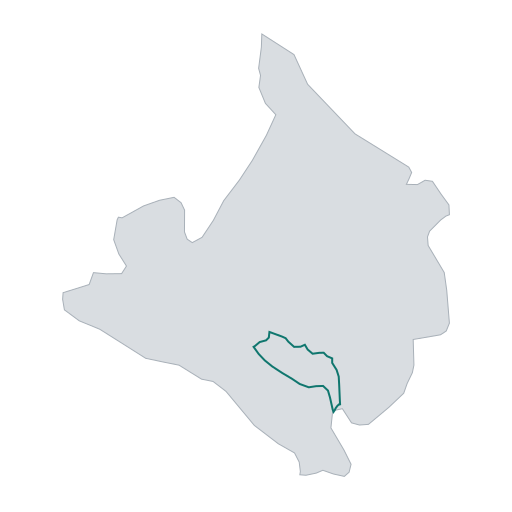 Montenegro, with Žabljak highlighted, rotated 179°
{"feature_id": "MNE-1520", "entity_name": "Žabljak", "entity_type": "Municipality", "adm_level": 1, "iso_a3": "MNE", "parent_name": "Montenegro", "parent_adm1": "", "projection": "equal_earth", "projection_center": [19.145, 43.143], "detail": "fine", "context": "in_parent", "style": "outline", "palette": "teal", "viewbox_px": 512, "rotation_deg": 179, "n_neighbors": 0, "source": "natural_earth", "source_scale": "10m", "svg_char_len": 1798}
<svg xmlns="http://www.w3.org/2000/svg" viewBox="0 0 512 512"><g transform="rotate(179 256 256)"><path d="M216.0,36.5L215.4,39.7L216.4,49.2L220.9,58.4L237.0,67.9L260.6,86.6L288.3,121.1L301.1,131.3L312.6,133.8L334.9,148.2L350.5,151.6L368.0,155.6L413.5,185.5L433.9,194.3L448.5,205.5L450.1,216.1L449.5,222.7L423.3,230.4L418.8,242.2L406.1,240.8L390.7,240.7L385.7,248.2L393.1,260.4L398.0,274.8L394.2,294.6L392.9,297.2L389.2,296.5L367.6,308.0L351.5,313.4L336.9,316.1L330.0,310.6L326.6,303.1L327.1,281.3L324.5,274.0L319.5,270.5L309.6,275.6L298.0,292.4L287.3,311.9L271.2,332.3L257.9,351.8L243.5,376.5L233.7,396.9L243.9,408.4L250.2,424.5L248.3,436.5L250.1,443.6L247.0,464.6L246.3,477.9L214.5,456.7L201.4,426.8L154.9,376.4L101.7,342.2L98.9,336.8L101.8,330.2L104.4,325.0L93.3,324.6L85.6,328.8L78.3,327.6L70.0,314.8L62.2,303.7L61.9,293.9L65.4,292.6L70.8,288.7L82.0,277.8L84.2,272.1L83.7,263.5L68.1,236.2L65.9,218.4L63.8,185.5L67.1,177.7L72.9,174.0L100.3,169.8L100.0,144.2L101.7,136.6L107.1,125.9L110.7,116.2L125.9,102.3L146.5,85.7L155.5,85.2L163.4,87.5L172.3,101.8L182.0,99.9L184.1,82.8L171.4,60.4L164.6,46.1L166.7,38.2L171.5,34.1L182.4,36.7L192.9,40.6L199.5,37.9L209.9,35.9L216.0,36.5Z" fill="#d9dde1" stroke="#a8b0b8" stroke-width="1"/><path d="M175.1,106.6L177.2,104.8L178.9,102.6L180.1,100.3L181.2,98.8L182.0,101.1L184.5,113.3L186.4,120.2L191.2,124.9L198.2,124.8L205.5,123.8L214.6,127.3L222.0,132.5L231.7,138.5L241.7,145.3L249.1,151.5L255.1,158.1L260.0,165.2L258.5,166.1L253.8,169.9L247.4,171.5L244.6,174.2L243.9,179.8L231.4,175.0L227.8,173.3L225.2,169.8L219.5,164.5L213.1,164.5L208.7,166.4L206.0,161.6L201.1,157.3L194.3,158.1L190.0,158.1L186.7,154.6L181.6,152.3L181.7,147.8L177.4,140.7L175.4,134.0L175.1,126.1L174.7,110.7L174.5,105.4L175.1,106.6Z" fill="none" stroke="#0f766e" stroke-width="2"/></g></svg>